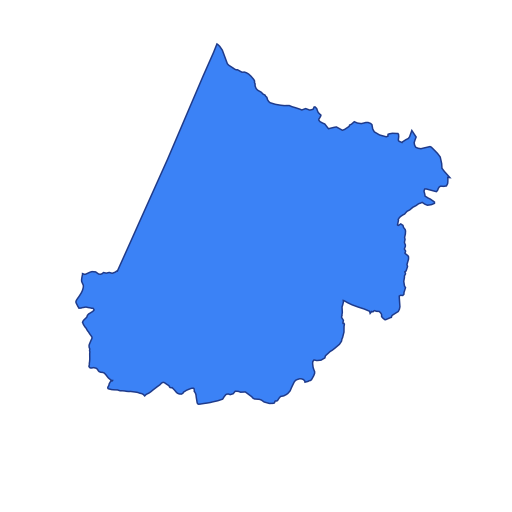 Lubao, Kasaï-Oriental, Democratic Republic of the Congo (Albers equal-area conic projection), rotated 293°
{"feature_id": "63176286B12881144084902", "entity_name": "Lubao", "entity_type": "district", "adm_level": 2, "iso_a3": "COD", "parent_name": "Democratic Republic of the Congo", "parent_adm1": "Kasaï-Oriental", "projection": "albers", "projection_center": [25.343, -5.578], "detail": "fine", "context": "isolated", "style": "filled", "palette": "blue", "viewbox_px": 512, "rotation_deg": 293, "n_neighbors": 0, "source": "geoboundaries", "source_scale": "gbopen_adm2", "svg_char_len": 6098}
<svg xmlns="http://www.w3.org/2000/svg" viewBox="0 0 512 512"><g transform="rotate(293 256 256)"><path d="M418.0,294.0L414.5,292.3L413.1,291.0L411.7,291.1L407.1,288.1L405.5,286.4L405.8,283.5L406.2,279.6L405.0,277.7L401.5,273.0L402.4,271.3L404.4,267.7L404.4,265.4L404.7,262.3L405.7,260.6L406.6,260.4L408.3,260.7L410.5,260.9L411.2,260.5L411.5,259.3L412.4,257.2L413.4,256.1L415.5,254.2L416.3,252.1L415.9,251.3L413.3,251.2L411.3,248.5L411.1,244.1L408.3,241.1L408.3,238.8L407.9,234.1L407.5,230.8L407.5,227.8L405.5,223.3L404.4,219.7L403.2,214.6L402.6,209.0L403.1,207.5L404.2,205.7L406.3,204.0L406.8,202.5L407.7,201.3L407.7,199.5L408.8,196.8L409.3,192.6L410.2,190.7L412.1,188.8L414.2,187.8L415.1,186.8L416.5,186.3L417.6,185.0L419.5,181.2L420.6,178.1L420.9,175.8L420.8,173.6L419.7,171.3L420.2,166.2L419.7,165.2L419.6,163.8L421.0,156.2L421.8,154.5L432.3,144.6L434.8,140.7L435.6,138.6L435.9,137.2L426.6,137.4L400.9,137.0L310.4,136.8L241.9,135.4L220.2,135.0L187.9,134.3L187.8,133.7L186.1,132.7L183.9,130.4L183.5,127.3L181.7,124.9L181.2,122.1L179.5,121.2L178.4,120.0L177.9,118.2L178.7,114.6L177.6,111.2L176.4,109.7L172.6,106.2L172.1,105.2L172.0,103.2L171.0,103.6L169.7,103.8L167.5,104.3L165.8,104.8L164.8,105.3L164.3,105.6L162.8,107.2L161.7,108.4L160.5,109.0L159.0,109.4L156.4,109.7L153.8,109.6L150.7,109.1L149.1,108.8L147.4,108.4L146.2,108.2L145.2,108.0L143.9,108.0L142.8,108.5L141.8,109.6L141.0,110.6L140.1,111.6L139.6,112.4L139.0,113.0L138.8,113.4L139.3,114.4L139.7,115.3L140.5,116.1L141.3,117.5L142.1,118.6L142.6,119.5L143.0,121.8L143.5,123.6L143.6,124.4L143.7,125.2L144.2,126.4L143.4,127.8L142.6,128.0L141.1,127.3L140.1,126.6L138.5,125.5L137.3,124.6L135.5,124.0L134.2,124.1L133.5,124.1L132.5,123.7L130.0,122.6L128.4,122.2L127.0,122.3L126.4,123.1L125.5,123.9L123.8,126.4L123.1,127.9L121.8,129.5L121.1,130.6L120.6,131.6L120.0,132.4L119.5,133.1L117.5,136.4L116.5,137.1L115.6,137.2L114.4,137.1L112.2,137.1L111.2,137.1L110.4,137.1L108.7,137.2L106.9,138.0L105.5,139.3L103.8,139.8L102.9,140.5L101.1,141.1L99.5,141.8L96.1,143.3L93.7,144.1L92.1,144.5L91.1,145.0L89.2,145.3L88.3,146.4L88.3,147.5L88.7,148.5L89.5,149.6L89.9,150.4L90.0,151.3L90.2,152.3L90.2,153.1L89.9,153.9L89.5,154.7L88.8,155.6L88.3,156.8L88.3,158.3L88.5,159.1L88.9,160.2L89.0,161.9L88.4,163.4L87.7,164.8L87.0,166.0L86.3,167.3L85.9,168.2L85.6,169.3L85.2,170.6L85.1,171.7L85.4,172.6L85.0,172.6L84.0,171.2L81.1,170.8L79.4,171.1L77.4,170.9L76.6,171.1L76.1,171.8L76.2,172.9L76.4,173.9L76.6,175.3L77.2,177.1L77.7,178.5L78.6,180.8L78.7,182.0L78.8,183.4L79.9,186.1L80.5,188.1L80.9,189.9L81.6,192.0L82.3,193.4L83.9,199.1L84.2,200.6L84.3,202.5L84.7,204.9L84.5,206.5L83.7,208.2L85.7,209.0L88.0,211.0L89.9,212.2L92.6,213.6L97.0,216.1L99.8,217.8L102.1,218.7L103.2,219.6L103.6,220.4L103.6,221.3L103.4,222.3L103.0,224.2L102.6,226.5L101.7,227.6L101.4,228.3L101.5,228.9L101.7,229.5L101.8,230.3L102.0,230.4L100.8,233.3L99.4,236.0L99.0,237.3L99.0,239.2L99.8,241.4L101.3,242.4L102.4,242.5L103.8,243.5L104.9,244.2L106.0,245.2L108.8,248.0L109.8,249.8L109.8,250.6L108.5,251.6L107.3,252.0L106.6,253.2L105.9,254.0L104.9,254.9L102.3,256.4L97.9,259.2L97.2,260.0L97.1,261.0L97.9,262.5L98.6,263.6L99.9,265.7L101.7,268.7L103.3,271.2L104.7,273.0L107.9,277.5L111.2,281.2L114.1,281.7L116.6,282.4L117.5,283.2L118.2,284.6L118.3,286.4L120.3,288.8L123.4,289.7L124.5,292.6L124.6,295.0L126.7,299.3L124.8,307.1L124.0,308.6L123.8,310.4L125.4,315.2L125.5,317.3L124.8,320.5L125.5,326.0L126.9,329.0L127.6,330.1L128.3,330.4L129.6,330.2L130.1,330.5L130.6,331.7L131.4,332.3L134.2,332.8L136.3,333.5L138.1,336.2L140.4,338.1L141.9,339.0L145.2,340.1L148.7,340.1L151.2,340.2L155.0,340.4L157.0,341.0L158.3,342.1L160.1,344.2L160.7,345.9L160.8,348.0L160.0,349.7L159.0,350.4L160.9,352.9L162.0,353.7L162.7,354.8L163.8,355.4L165.5,355.6L168.4,355.9L170.9,355.8L172.4,355.2L174.0,353.6L175.9,352.0L179.0,350.2L181.0,349.5L183.0,350.0L183.5,352.8L185.5,356.5L189.1,359.2L191.2,358.9L192.4,359.4L194.5,360.4L197.0,361.5L198.9,362.9L201.9,364.6L204.1,365.7L207.3,367.3L210.9,368.0L213.4,367.5L214.5,367.6L220.3,366.7L225.7,364.5L227.8,364.0L228.4,363.2L228.0,362.5L228.8,362.0L230.9,361.6L232.9,358.8L233.9,358.4L234.7,358.5L235.0,358.2L237.8,357.5L242.7,355.1L244.9,354.9L247.9,354.4L249.2,353.7L249.3,354.6L248.8,358.8L248.6,363.5L248.9,369.7L249.5,376.4L249.5,382.2L247.8,383.5L250.2,384.2L250.1,384.9L250.6,385.7L251.6,386.0L252.1,386.6L252.1,388.3L253.1,391.1L252.3,393.0L251.3,394.4L249.3,395.3L248.4,397.1L247.7,399.4L248.0,400.2L251.8,403.8L252.4,404.6L253.8,404.4L254.5,404.5L255.0,404.8L260.5,408.6L263.0,408.8L265.5,408.3L272.6,404.7L275.1,403.5L276.3,404.4L277.0,406.5L278.6,407.1L280.1,406.5L285.3,406.0L286.4,404.4L290.4,401.9L294.0,401.1L295.7,400.4L297.9,400.6L298.5,400.3L299.5,399.2L300.9,400.0L305.6,399.6L307.1,398.3L312.8,397.6L314.9,396.7L315.6,395.8L316.5,392.7L316.9,391.9L317.5,392.0L318.6,391.9L319.4,391.4L320.0,390.2L320.6,389.8L323.2,389.7L324.5,389.2L326.1,387.6L326.9,387.2L329.5,386.7L331.2,385.5L334.6,384.9L337.4,383.9L338.6,383.0L339.9,380.7L341.6,379.3L342.1,376.7L339.8,375.2L339.7,374.7L339.9,374.1L344.5,373.2L345.2,372.6L347.3,373.0L348.8,373.6L351.0,375.0L352.7,376.4L354.9,377.1L356.2,377.6L358.5,379.5L362.1,381.3L364.9,383.6L367.7,385.3L368.8,386.6L370.3,388.0L369.7,391.1L369.7,393.9L370.7,395.6L371.9,397.5L374.2,399.7L375.4,399.2L376.5,394.3L376.6,391.9L377.2,388.2L379.0,387.1L381.3,385.3L383.5,385.1L384.2,386.3L385.6,396.2L385.8,397.0L387.6,397.5L389.5,397.4L391.4,397.8L392.5,398.8L393.4,401.5L394.9,403.9L397.5,404.1L399.2,403.6L401.7,402.6L403.2,401.8L403.9,403.8L407.4,396.4L409.4,392.9L413.6,390.8L419.1,386.9L421.4,382.9L423.6,377.6L424.7,374.8L424.7,373.4L420.7,367.9L419.2,365.9L418.5,363.1L418.5,360.5L420.0,358.7L422.1,357.3L425.2,357.0L428.1,356.9L432.4,350.4L425.7,350.8L423.7,350.3L421.6,348.5L418.2,346.2L417.5,346.1L417.5,342.8L418.3,341.7L421.7,340.7L423.6,339.7L424.2,338.8L422.3,333.7L420.5,330.9L419.6,330.0L417.8,330.6L416.6,329.3L415.7,322.4L416.5,316.4L418.5,313.8L422.2,311.4L422.8,309.7L422.7,307.0L421.8,304.9L420.6,303.4L419.0,301.2L418.0,297.4L418.0,295.5L418.0,294.0Z" fill="#3b82f6" stroke="#1e3a8a" stroke-width="1.5"/></g></svg>